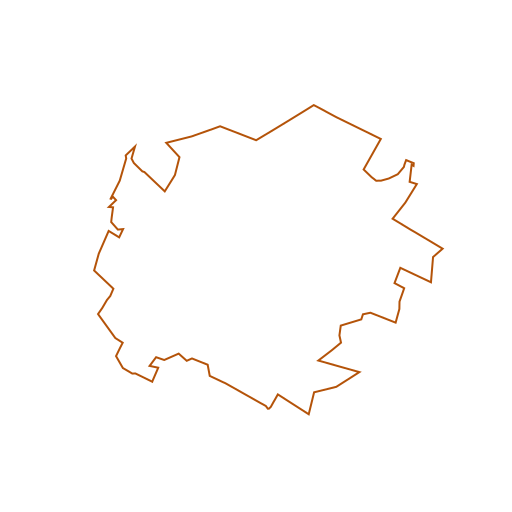 Cumpas, Sonora, Mexico, rotated 31°
{"feature_id": "50627088B14847399319880", "entity_name": "Cumpas", "entity_type": "district", "adm_level": 2, "iso_a3": "MEX", "parent_name": "Mexico", "parent_adm1": "Sonora", "projection": "albers", "projection_center": [-109.812, 30.065], "detail": "fine", "context": "isolated", "style": "outline", "palette": "amber", "viewbox_px": 512, "rotation_deg": 31, "n_neighbors": 0, "source": "geoboundaries", "source_scale": "gbopen_adm2", "svg_char_len": 1804}
<svg xmlns="http://www.w3.org/2000/svg" viewBox="0 0 512 512"><g transform="rotate(31 256 256)"><path d="M406.2,227.6L402.5,221.2L400.4,211.0L399.6,207.3L388.7,207.9L385.8,191.8L400.8,190.3L419.5,188.4L408.3,165.7L412.2,153.6L379.9,153.7L375.1,153.8L357.2,153.7L353.9,153.7L356.5,133.4L356.8,111.5L349.5,113.3L342.4,97.6L344.6,97.6L343.4,95.2L335.3,96.5L336.2,101.3L336.9,103.5L335.4,112.9L329.9,121.2L324.3,127.1L321.0,129.1L320.3,129.6L319.4,129.5L318.5,129.4L318.2,129.3L314.5,128.9L303.7,126.4L302.7,91.4L266.4,94.5L253.7,95.6L249.8,95.8L249.7,95.8L241.4,96.2L240.5,96.2L229.3,96.8L227.8,96.9L221.6,109.0L213.8,124.0L207.2,136.6L196.5,156.7L195.2,156.9L158.4,163.3L152.2,171.0L151.8,171.4L141.0,184.5L140.4,185.3L139.1,186.8L120.8,205.2L139.5,210.7L144.8,228.3L144.8,230.2L144.5,247.6L117.1,241.5L115.0,242.0L103.4,239.2L99.1,236.6L95.9,224.5L92.5,236.9L94.5,239.2L100.4,261.6L101.9,281.7L102.4,281.6L102.8,278.9L107.3,280.2L104.7,289.7L108.4,287.9L112.6,297.6L114.4,301.5L124.0,304.5L128.2,301.4L129.1,310.5L116.8,310.4L119.4,330.1L120.0,334.9L124.7,351.8L150.6,357.5L151.6,364.8L151.7,365.2L150.9,370.5L151.0,379.8L150.5,387.1L151.8,387.7L177.7,398.8L186.4,399.0L186.8,404.9L187.6,413.9L199.6,420.6L207.5,420.5L210.5,420.5L213.1,418.8L231.8,417.2L231.7,416.8L229.8,402.6L229.7,402.1L228.3,402.6L221.4,405.0L222.5,394.2L230.9,392.4L240.0,379.5L250.6,381.5L253.9,376.8L270.6,374.1L278.1,382.6L293.2,381.1L294.4,380.9L295.8,380.8L336.3,379.7L337.9,379.6L338.0,379.6L341.7,379.5L344.8,380.8L345.7,380.2L346.4,377.7L346.2,371.7L346.2,369.8L346.0,363.4L382.7,364.5L376.0,342.9L392.2,326.8L404.4,302.3L380.2,308.9L363.3,313.5L369.1,298.8L369.6,297.5L373.5,286.5L368.4,281.1L364.5,272.0L378.9,256.1L377.7,250.9L383.3,245.7L410.0,241.2L406.2,227.6Z" fill="none" stroke="#b45309" stroke-width="2"/></g></svg>